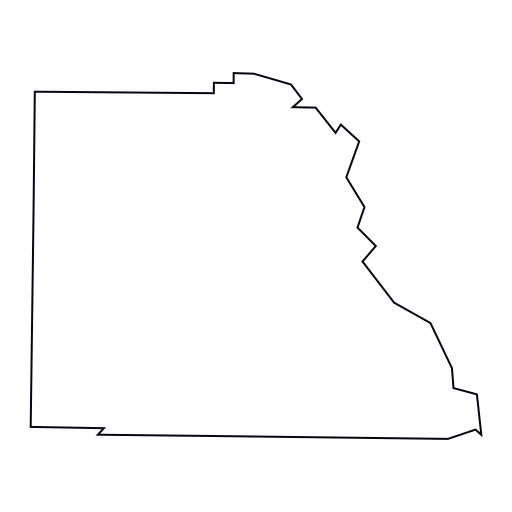 the district of Wilcox, Georgia, United States of America
{"feature_id": "52423323B95461713566074", "entity_name": "Wilcox", "entity_type": "district", "adm_level": 2, "iso_a3": "USA", "parent_name": "United States of America", "parent_adm1": "Georgia", "projection": "natural_earth1", "projection_center": [-83.364, 31.989], "detail": "fine", "context": "isolated", "style": "outline", "palette": "ink", "viewbox_px": 512, "rotation_deg": 0, "n_neighbors": 0, "source": "geoboundaries", "source_scale": "gbopen_adm2", "svg_char_len": 510}
<svg xmlns="http://www.w3.org/2000/svg" viewBox="0 0 512 512"><path d="M30.7,426.9L103.9,428.2L97.8,434.7L167.6,435.5L205.1,435.9L447.9,438.9L475.5,429.6L481.3,434.8L476.9,394.4L453.5,388.1L452.0,368.3L430.5,323.1L394.1,302.7L362.5,261.5L375.8,246.0L357.5,227.6L364.5,207.1L346.3,177.3L359.2,141.4L340.8,124.6L335.6,132.9L315.6,107.6L292.8,107.2L302.0,99.0L291.0,84.5L253.8,73.7L233.7,73.1L233.6,83.1L213.9,82.8L213.8,93.2L34.8,91.7L33.6,206.4L30.7,426.9Z" fill="none" stroke="#020617" stroke-width="2"/></svg>